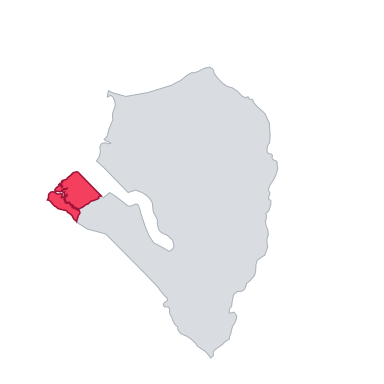 where Ziguinchor sits in Senegal, rotated 45°
{"feature_id": "SEN-775", "entity_name": "Ziguinchor", "entity_type": "Region", "adm_level": 1, "iso_a3": "SEN", "parent_name": "Senegal", "parent_adm1": "", "projection": "natural_earth1", "projection_center": [-16.415, 12.748], "detail": "fine", "context": "in_parent", "style": "filled", "palette": "rose", "viewbox_px": 384, "rotation_deg": 45, "n_neighbors": 0, "source": "natural_earth", "source_scale": "10m", "svg_char_len": 5811}
<svg xmlns="http://www.w3.org/2000/svg" viewBox="0 0 384 384"><g transform="rotate(45 192 192)"><path d="M284.1,176.9L288.1,184.9L287.3,188.7L286.4,194.3L288.7,198.3L291.3,201.0L293.2,203.4L295.3,206.8L295.7,213.5L295.3,218.3L296.7,220.5L297.9,223.3L297.7,225.6L296.9,227.6L294.4,230.3L294.0,235.3L298.1,241.4L300.8,244.7L300.8,246.6L301.5,248.6L303.5,251.1L304.7,250.5L306.0,248.5L306.6,247.2L310.2,247.8L311.8,248.4L314.1,252.3L315.0,255.0L315.6,258.3L318.0,262.4L320.0,265.4L320.5,267.2L322.4,269.6L321.2,275.1L321.4,277.9L320.1,285.3L319.9,288.7L320.0,290.0L322.8,292.6L322.5,296.3L319.7,295.7L314.7,295.3L304.7,297.2L301.3,296.4L294.8,296.7L290.1,297.7L284.2,300.1L279.6,299.5L277.1,297.6L273.8,297.8L270.1,296.8L266.2,294.9L262.6,294.0L258.7,290.6L256.9,290.0L255.7,290.9L254.6,292.0L253.5,292.7L251.4,292.1L250.6,289.8L251.2,287.6L251.4,285.9L250.4,285.0L248.1,284.7L244.3,284.7L238.1,284.0L236.7,283.5L222.9,283.0L208.7,282.9L196.6,282.8L181.3,282.8L170.6,282.7L160.6,282.7L152.8,287.2L144.5,292.1L133.2,294.7L120.2,293.7L116.1,294.4L111.8,296.6L108.7,298.2L104.2,299.1L98.4,298.3L96.1,298.8L94.6,296.6L93.0,293.0L94.0,290.3L97.6,288.6L102.8,286.4L105.6,287.5L107.2,287.6L107.5,286.2L107.0,285.4L103.0,283.5L101.0,280.9L99.2,282.4L97.8,285.5L96.5,286.5L94.7,287.3L93.7,285.2L93.3,283.1L94.1,281.5L93.7,272.6L94.2,267.8L93.9,263.6L96.4,260.8L98.8,259.1L108.0,258.9L116.7,258.8L125.0,258.9L133.4,259.0L134.2,250.6L136.9,249.9L140.9,249.1L148.4,248.1L156.7,247.1L158.5,245.4L159.8,242.7L160.7,240.2L162.4,239.1L164.7,239.9L167.8,241.3L171.0,243.3L174.6,245.1L177.0,246.3L182.8,249.3L192.7,253.4L200.9,255.0L210.7,252.0L217.8,250.1L218.7,246.5L217.6,243.0L212.3,239.8L205.1,240.1L202.9,241.0L199.5,242.1L197.5,242.5L194.1,241.7L189.8,238.9L187.1,236.1L183.3,234.8L178.8,233.5L171.5,227.7L167.8,226.7L164.2,226.4L157.4,227.5L150.7,230.6L147.2,237.6L140.5,237.5L126.3,237.3L113.2,237.1L102.5,237.6L101.4,232.5L98.8,228.4L94.7,225.0L93.8,221.8L95.2,219.0L99.2,216.7L100.1,215.1L98.0,215.3L94.8,216.8L92.7,216.9L92.5,212.4L89.0,206.7L85.0,197.0L80.5,193.1L76.8,185.2L72.9,182.2L69.2,180.8L66.2,181.1L65.0,184.7L61.2,179.5L66.4,177.7L77.7,171.2L90.6,152.7L102.1,130.8L103.6,125.7L105.0,121.7L106.0,112.8L107.6,107.5L109.2,106.4L111.1,102.4L113.5,95.2L116.2,91.2L119.2,90.4L121.5,90.8L123.1,92.2L128.0,93.2L136.1,93.5L142.3,92.4L146.7,89.9L152.5,88.7L159.7,88.7L163.4,87.6L163.8,85.6L164.7,84.9L166.2,85.8L167.6,85.4L169.0,84.0L170.3,83.9L171.6,85.1L177.6,85.5L188.3,85.0L198.2,88.8L207.3,96.8L212.0,102.2L212.3,104.8L213.8,107.5L216.5,110.3L219.0,110.8L221.2,109.1L223.0,109.2L224.3,111.3L226.9,111.7L229.8,110.5L231.8,110.9L232.2,112.1L232.7,112.8L234.1,113.1L236.0,114.7L238.6,119.0L240.8,124.9L242.4,132.5L244.6,136.7L247.4,137.4L248.9,138.9L249.3,140.7L250.1,142.0L251.4,142.7L253.7,142.3L256.4,144.8L259.3,150.4L259.7,153.0L259.3,154.3L259.5,155.3L261.4,156.2L263.2,158.1L264.7,160.8L267.9,163.3L272.9,165.4L276.4,168.6L278.6,172.9L283.1,176.5L284.1,176.9Z" fill="#d9dde1" stroke="#a8b0b8" stroke-width="1"/><path d="M97.7,258.6L99.6,258.6L106.6,258.7L113.0,258.8L122.5,258.9L128.0,258.9L130.7,258.9L130.3,259.7L129.6,260.7L129.4,261.2L129.4,261.7L129.7,261.8L130.0,262.0L130.3,262.1L130.6,262.5L130.5,262.8L128.8,266.9L126.9,270.4L126.9,271.0L126.9,271.5L127.1,272.3L127.0,272.8L126.9,273.9L126.9,274.2L126.8,274.5L126.3,275.0L126.1,275.3L126.0,275.6L125.6,278.7L125.5,279.1L125.4,279.8L125.4,280.2L125.2,280.2L125.2,280.6L125.1,280.8L124.7,281.8L124.5,282.1L124.3,283.8L123.1,284.7L121.4,285.0L120.9,285.3L120.0,285.9L119.8,286.0L119.3,286.0L118.3,285.7L116.7,285.7L116.2,285.8L115.4,286.2L114.9,286.4L114.4,286.4L113.1,286.0L112.6,286.2L112.0,286.6L111.6,286.7L111.5,287.0L111.3,287.5L111.0,288.1L110.6,288.4L108.9,287.7L107.4,286.8L106.8,286.2L106.5,285.5L106.3,285.4L105.9,285.3L105.6,285.0L105.3,284.7L105.4,284.2L105.7,283.8L106.1,283.4L106.5,283.3L106.5,283.0L105.9,282.9L105.4,282.6L105.2,282.0L105.1,281.3L104.8,285.4L104.4,285.4L103.9,284.5L102.3,283.0L102.1,282.0L101.6,282.4L101.3,283.0L100.9,283.4L100.2,283.6L99.7,283.5L99.4,283.2L99.2,282.7L99.2,282.0L99.8,280.7L100.7,279.7L101.3,278.6L101.0,276.8L100.8,278.2L100.7,278.6L100.5,279.0L100.3,279.2L100.1,279.3L99.2,280.2L98.9,280.8L98.7,281.4L98.6,282.5L98.9,284.2L98.8,285.0L97.6,285.7L95.7,287.4L94.3,288.0L93.5,287.5L93.2,286.2L93.1,284.5L93.3,282.8L94.0,281.0L95.1,280.0L96.6,280.6L96.6,279.9L96.0,279.3L95.2,279.1L94.4,279.4L93.5,280.6L93.0,281.0L92.5,280.9L92.8,280.5L92.9,280.1L92.8,279.6L92.5,279.2L93.4,277.8L93.6,277.0L93.4,276.1L93.1,276.1L92.9,276.7L92.6,276.9L92.3,276.8L92.2,276.0L92.3,275.4L92.6,274.8L94.1,272.2L94.3,271.6L94.2,270.9L94.0,269.8L94.0,269.2L94.1,268.1L94.5,266.1L94.6,264.8L94.5,263.9L94.3,263.5L94.4,262.4L94.5,261.8L94.8,261.4L95.5,260.7L95.6,260.2L96.3,259.0L97.7,258.6ZM127.5,294.7L126.7,294.5L124.0,293.5L122.5,293.4L119.3,294.0L119.0,294.2L118.8,294.3L118.6,294.4L118.3,294.3L117.4,293.9L116.9,293.8L116.5,293.9L113.5,295.8L110.1,297.9L108.8,298.5L106.7,298.5L104.5,299.1L103.7,299.2L97.9,298.7L96.4,299.1L95.4,299.9L95.1,299.3L94.9,298.6L94.7,297.6L94.5,297.3L93.8,296.8L92.8,295.7L92.4,295.0L92.2,294.4L92.2,292.3L92.3,291.9L92.7,291.4L92.8,291.0L93.1,290.5L95.3,289.0L96.2,289.0L97.5,289.1L98.9,288.1L99.4,287.6L99.6,287.2L99.8,286.8L100.1,286.4L101.7,285.0L102.5,286.0L103.1,287.9L103.7,288.3L103.7,287.6L104.2,287.0L104.9,286.7L105.7,286.9L107.2,287.9L108.4,288.3L109.9,289.0L110.6,289.1L111.4,288.6L112.5,287.2L113.2,286.7L114.2,286.8L115.0,287.1L115.9,287.2L116.9,286.5L117.3,286.3L117.7,286.7L117.9,287.4L118.2,287.7L121.5,286.3L122.2,286.1L123.3,286.0L123.9,285.8L124.5,285.4L125.1,285.0L126.0,285.0L126.8,285.5L127.9,286.5L127.9,286.8L128.0,288.1L128.6,289.6L129.4,290.9L129.8,291.9L131.1,294.2L131.3,294.5L130.9,294.4L127.5,294.7Z" fill="#f43f5e" stroke="#9f1239" stroke-width="1.5"/></g></svg>